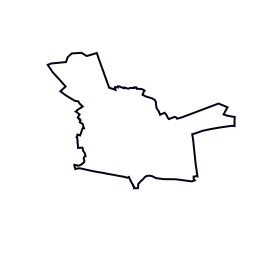 Maiduguri, Borno, Nigeria, rotated 112°
{"feature_id": "59680162B20780696540875", "entity_name": "Maiduguri", "entity_type": "district", "adm_level": 2, "iso_a3": "NGA", "parent_name": "Nigeria", "parent_adm1": "Borno", "projection": "robinson", "projection_center": [13.133, 11.834], "detail": "fine", "context": "isolated", "style": "outline", "palette": "ink", "viewbox_px": 256, "rotation_deg": 112, "n_neighbors": 0, "source": "geoboundaries", "source_scale": "gbopen_adm2", "svg_char_len": 2690}
<svg xmlns="http://www.w3.org/2000/svg" viewBox="0 0 256 256"><g transform="rotate(112 128 128)"><path d="M87.1,126.6L86.9,128.0L86.8,128.8L86.8,129.9L86.9,130.5L88.1,133.7L88.4,134.5L87.8,134.8L87.2,135.4L87.5,136.2L87.9,137.4L88.6,137.1L89.2,138.8L89.3,139.0L89.5,139.5L89.8,140.6L91.5,142.6L91.6,143.7L91.8,146.5L92.5,146.4L92.7,148.4L92.8,149.7L92.7,149.8L92.7,150.8L92.7,151.1L92.7,151.6L92.8,152.2L93.1,152.9L94.1,152.6L94.1,152.8L94.4,153.5L94.8,155.1L95.1,155.5L95.6,155.2L96.0,154.9L96.3,154.7L96.5,154.5L97.4,153.9L97.4,156.2L97.7,160.6L74.7,181.1L70.2,185.0L76.7,193.2L75.7,199.2L79.9,208.0L84.7,210.4L90.1,210.2L96.9,223.3L99.5,226.1L102.3,222.0L104.5,218.7L108.6,210.1L112.9,201.4L119.3,204.4L121.1,197.5L122.2,190.6L122.7,187.2L121.9,184.0L123.0,182.7L123.6,181.8L124.2,180.2L124.6,179.2L125.1,178.0L126.9,179.3L129.5,181.2L132.3,182.6L132.4,181.8L133.1,179.6L133.6,177.9L134.9,178.3L135.9,178.3L137.2,178.5L137.7,176.3L138.4,176.4L138.5,176.1L138.6,174.9L139.3,174.9L140.4,174.8L140.8,174.8L140.9,174.3L141.0,173.1L141.0,172.2L141.4,171.4L143.7,169.7L144.7,168.7L145.3,170.0L147.3,169.9L148.8,169.8L150.4,169.7L152.9,169.7L152.9,171.7L153.0,172.4L154.1,172.2L154.6,172.1L155.9,172.2L156.3,171.2L157.2,170.7L158.0,170.5L159.1,169.7L160.5,169.4L161.5,168.6L162.9,167.9L165.2,166.9L164.5,165.4L163.3,162.9L164.9,161.7L166.0,161.0L167.2,159.0L169.8,156.8L170.7,157.6L171.6,157.7L172.2,157.7L173.1,157.5L174.6,156.3L175.5,155.9L176.1,155.9L176.9,156.3L177.9,156.7L179.0,157.4L180.1,158.3L180.9,158.9L181.5,159.8L182.2,163.9L183.4,163.4L184.6,162.4L185.8,161.4L185.3,160.8L184.2,159.3L183.7,158.2L183.2,156.7L182.4,151.6L181.2,144.7L180.4,140.7L178.7,133.1L178.5,131.2L177.7,127.9L177.7,127.6L177.1,125.0L176.6,122.4L175.5,116.8L174.8,114.0L174.4,110.5L174.3,109.9L173.1,108.9L176.3,105.4L177.7,103.7L178.2,102.9L178.7,102.1L179.3,102.0L179.7,101.7L180.1,100.5L180.6,100.1L181.6,99.9L180.9,98.3L180.1,96.3L179.6,96.4L178.2,96.7L176.7,97.4L176.1,97.5L174.1,96.8L172.2,96.0L169.1,94.6L167.3,94.0L165.9,93.1L165.5,92.7L164.1,90.1L163.7,88.0L163.7,86.4L164.0,83.3L162.0,75.6L157.7,64.7L153.6,48.9L151.5,46.5L150.9,47.7L150.3,48.2L149.8,48.4L148.5,48.9L148.2,48.1L147.2,47.1L146.8,45.5L136.0,51.8L119.1,60.8L115.2,62.8L109.7,66.1L107.8,63.6L102.5,57.6L98.3,51.3L93.7,44.0L87.1,32.6L86.3,29.9L81.6,31.9L77.8,33.2L78.7,37.1L79.4,40.8L79.6,44.5L71.5,43.5L71.4,53.2L91.0,74.5L98.2,82.3L101.0,86.0L100.4,86.8L100.1,87.7L100.1,88.5L100.5,89.3L104.4,93.4L103.5,95.1L102.2,96.4L100.1,99.6L101.5,101.1L103.7,103.1L101.1,105.7L98.7,109.1L95.6,110.9L93.6,111.8L91.9,113.7L91.5,116.8L92.1,123.2L91.7,127.0L89.2,127.0L87.7,126.8L87.1,126.6Z" fill="none" stroke="#020617" stroke-width="2"/></g></svg>